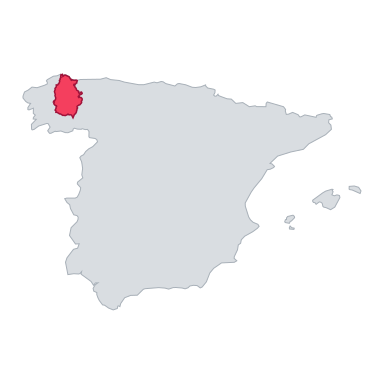 Lugo on a map of Spain (Robinson projection)
{"feature_id": "ESP-5832", "entity_name": "Lugo", "entity_type": "Autonomous Community", "adm_level": 1, "iso_a3": "ESP", "parent_name": "Spain", "parent_adm1": "", "projection": "robinson", "projection_center": [-7.286, 43.039], "detail": "fine", "context": "in_parent", "style": "filled", "palette": "rose", "viewbox_px": 384, "rotation_deg": 0, "n_neighbors": 0, "source": "natural_earth", "source_scale": "10m", "svg_char_len": 6142}
<svg xmlns="http://www.w3.org/2000/svg" viewBox="0 0 384 384"><path d="M205.6,84.9L205.7,86.0L207.7,88.0L213.6,89.2L215.1,90.0L214.9,92.8L213.6,95.1L214.9,96.2L216.3,96.1L218.0,94.2L218.4,95.5L221.1,96.6L227.1,98.8L231.3,99.1L235.8,103.4L242.8,102.6L249.3,106.7L255.2,105.8L256.6,106.6L265.9,106.7L266.2,103.3L267.3,102.0L283.5,106.7L285.6,109.5L285.3,111.0L286.3,114.4L288.4,114.2L292.6,112.4L298.1,114.7L299.6,116.8L300.8,116.9L304.8,114.9L316.1,117.3L316.5,115.7L317.2,115.2L321.8,113.8L323.8,113.5L329.8,114.5L330.5,116.5L331.8,117.2L332.3,118.9L328.9,119.8L328.6,122.7L330.9,125.1L331.4,129.3L325.6,134.7L308.8,143.8L303.4,149.3L290.7,152.0L277.6,156.1L270.0,163.4L272.0,163.9L274.5,166.4L273.7,167.5L270.3,169.2L267.2,169.7L261.8,178.6L254.1,187.9L251.2,192.1L245.2,203.0L245.3,206.2L248.7,217.0L250.5,219.9L253.1,222.3L257.9,224.3L259.1,226.3L257.5,228.2L252.9,231.6L244.7,236.2L241.3,239.8L240.6,243.3L238.3,244.9L237.5,249.8L234.3,256.6L234.1,258.3L236.8,260.8L234.3,262.3L221.5,262.9L213.7,268.3L209.8,273.0L206.4,281.8L202.2,287.0L200.2,287.9L197.2,285.6L193.5,285.3L189.9,286.0L188.0,287.8L185.1,288.8L182.1,288.0L175.9,287.5L173.1,287.6L168.7,289.1L165.0,288.1L158.7,287.6L145.0,288.7L143.3,289.3L137.3,295.2L130.6,295.4L124.7,297.7L120.7,303.5L119.9,306.6L118.7,305.9L117.8,306.1L117.3,308.5L113.2,309.9L108.5,308.0L104.6,305.2L102.6,304.9L99.3,300.5L97.9,297.7L96.8,294.6L96.8,292.5L93.8,291.2L93.1,288.4L95.2,284.8L98.0,282.8L95.4,282.9L93.5,285.3L91.1,281.5L81.1,274.2L81.6,271.6L80.0,273.5L78.8,274.0L73.8,273.7L67.9,274.6L65.5,262.2L67.0,257.8L73.5,249.3L77.6,248.2L79.2,243.8L75.5,244.0L69.5,235.5L71.1,227.7L77.0,221.8L78.0,219.4L78.2,217.2L77.0,215.6L73.8,214.8L70.5,208.6L69.7,204.7L67.0,202.5L64.7,198.7L66.7,198.1L75.2,198.1L77.2,197.1L78.7,194.5L80.3,190.3L80.7,187.7L77.4,184.0L77.3,183.2L77.7,182.0L82.8,177.9L81.8,174.9L82.6,168.5L82.1,164.7L81.6,161.7L79.8,157.7L81.0,156.1L83.6,154.7L85.7,151.5L88.8,148.8L92.8,146.6L97.5,141.8L96.8,139.7L95.2,138.5L89.4,137.6L88.9,136.6L89.0,131.5L87.5,129.4L85.3,129.6L82.1,128.7L81.3,129.3L77.3,129.1L74.4,128.2L73.2,129.0L72.8,130.8L68.0,132.7L65.3,132.6L60.9,131.0L55.9,131.6L55.2,131.2L50.9,133.3L49.5,133.3L47.7,130.8L50.1,127.1L48.1,123.6L46.7,123.5L38.7,126.0L34.1,129.4L32.2,129.9L31.6,129.2L31.4,124.4L36.3,119.3L33.2,119.0L33.4,117.5L35.3,115.1L33.3,113.4L33.4,108.2L29.0,109.9L27.9,109.6L27.9,107.5L30.6,103.4L27.8,102.9L25.7,101.4L23.0,98.0L23.0,96.2L24.5,92.0L28.3,90.0L32.0,87.1L37.1,87.7L44.7,85.2L47.3,83.9L47.3,82.2L46.4,80.9L47.2,79.7L53.4,76.2L57.1,75.8L60.9,74.1L63.4,75.2L65.6,74.8L68.2,76.2L71.5,79.2L76.5,80.5L80.4,79.5L100.5,79.2L106.2,77.7L110.6,79.6L119.2,80.5L124.4,82.1L138.7,84.7L143.8,84.7L154.2,82.1L157.0,82.8L161.2,81.5L163.1,81.8L165.8,83.6L174.9,86.0L177.3,83.9L179.1,83.5L185.7,84.8L192.3,87.3L195.8,87.5L200.8,86.8L205.6,84.9ZM331.9,194.8L334.3,195.8L336.8,194.9L338.2,195.1L339.5,195.6L339.9,197.6L334.8,207.1L330.6,209.7L326.2,207.7L323.7,207.1L322.9,206.4L322.2,203.3L321.0,202.3L319.3,201.9L316.1,204.3L315.0,202.7L313.4,202.4L312.7,201.4L312.7,200.2L322.8,192.8L325.7,191.1L332.0,189.2L333.0,189.5L332.2,190.6L333.1,191.7L331.9,194.8ZM361.0,190.9L360.1,193.5L352.2,190.0L349.7,189.6L349.1,189.1L349.2,186.4L354.3,186.0L358.6,187.3L361.0,190.9ZM290.2,221.4L289.4,223.3L285.5,222.6L284.7,221.9L285.4,219.7L286.5,219.5L286.5,218.0L287.6,216.5L293.0,215.2L294.3,216.3L294.6,217.7L291.4,221.0L290.2,221.4ZM294.2,229.0L293.6,229.4L289.5,229.0L289.3,227.8L290.1,226.0L291.7,227.7L294.1,228.1L294.2,229.0Z" fill="#d9dde1" stroke="#a8b0b8" stroke-width="1"/><path d="M60.9,75.1L61.0,75.2L61.4,75.1L61.5,75.0L61.4,74.8L61.5,74.7L61.8,74.6L62.3,74.4L62.3,74.9L62.9,75.9L62.9,76.4L63.1,76.3L63.4,75.9L63.6,75.5L63.9,75.6L64.1,75.4L64.3,75.2L64.7,75.1L65.7,75.2L66.0,75.3L68.0,76.3L69.0,76.6L70.5,79.1L71.7,79.6L71.6,79.8L71.3,80.0L71.3,80.3L71.6,80.4L71.8,80.3L72.0,80.1L72.3,80.0L72.7,80.0L73.2,80.2L74.1,80.3L75.6,80.3L76.0,80.0L76.4,80.2L76.9,80.3L77.2,80.5L77.2,81.1L77.0,81.4L76.8,81.8L76.6,82.2L76.8,82.6L76.8,82.8L76.7,82.8L76.0,83.4L75.6,83.9L75.4,84.1L75.2,84.3L74.8,84.3L74.6,84.2L74.3,84.2L74.0,84.3L73.9,84.4L73.8,84.6L73.8,85.3L73.9,85.6L74.2,85.7L74.6,85.7L74.8,85.8L74.9,86.0L74.9,86.4L74.9,86.7L75.0,87.1L75.1,87.4L75.3,87.6L75.6,87.9L75.8,88.0L76.0,88.1L76.4,89.5L76.6,89.9L76.7,90.1L76.9,90.3L77.4,90.6L77.6,90.7L77.8,90.7L78.1,91.0L78.5,91.2L78.7,91.3L78.8,91.4L78.8,91.5L78.6,92.2L78.6,92.5L78.8,92.9L79.0,93.1L79.4,93.3L79.8,93.1L80.2,92.8L80.5,92.8L80.6,92.6L80.8,92.5L80.8,92.3L80.9,92.1L81.1,92.0L81.3,92.0L81.5,92.1L81.7,92.5L82.1,93.0L82.2,93.4L82.1,93.6L81.2,94.4L81.0,94.5L80.1,94.8L79.9,94.9L79.6,94.8L79.3,95.0L79.2,95.1L79.2,95.3L79.1,95.5L79.0,95.8L78.9,96.0L78.7,96.1L78.3,96.4L78.3,96.7L78.4,97.0L78.6,97.3L78.8,97.5L78.9,97.4L79.0,97.3L79.1,97.2L79.1,96.6L79.3,96.5L79.8,97.2L79.9,97.3L80.1,97.4L80.3,97.5L80.5,97.6L81.0,97.5L81.8,98.2L82.0,98.4L82.1,98.7L82.2,99.9L82.0,100.1L81.9,100.4L81.8,100.6L81.4,101.1L81.4,101.5L81.6,102.2L81.6,102.5L81.5,102.8L81.3,103.1L80.6,103.9L80.0,104.6L79.7,104.9L79.5,105.0L79.3,105.0L79.1,104.9L78.8,105.0L78.3,105.5L77.6,105.8L77.2,106.2L77.1,106.4L77.0,106.7L77.1,107.1L77.2,107.4L77.4,107.6L77.6,107.8L77.6,108.0L77.4,108.3L77.2,108.5L76.9,108.9L77.0,109.8L76.9,110.1L76.5,111.0L76.5,111.8L76.2,112.4L75.5,113.7L74.6,114.3L74.3,114.7L73.0,117.8L71.7,115.3L71.4,115.0L70.1,114.7L69.1,114.9L68.9,114.8L68.0,114.1L67.7,114.5L65.2,115.6L63.8,115.3L62.8,115.4L60.4,113.9L59.5,113.9L59.4,113.9L58.7,113.3L56.8,112.3L55.9,112.3L56.0,111.3L56.0,111.1L55.8,110.7L55.1,110.1L56.0,108.4L56.1,107.4L56.1,107.0L56.6,106.4L56.6,106.0L56.3,105.7L55.5,105.5L55.0,105.2L53.9,103.9L53.8,103.5L54.3,102.1L53.4,101.9L54.0,100.8L54.2,100.7L54.7,100.4L55.0,100.2L55.6,99.2L55.7,98.4L55.7,97.7L55.0,95.7L55.0,95.3L55.1,95.0L55.2,94.7L55.3,94.5L54.4,91.5L55.2,89.5L55.2,89.3L55.1,89.1L55.0,88.9L55.0,88.6L55.0,88.4L55.1,88.2L56.0,87.3L56.2,86.9L56.3,84.9L57.5,85.1L57.7,84.9L57.9,84.7L58.2,84.0L58.8,83.7L59.7,81.5L59.7,81.3L59.7,81.2L59.4,80.7L59.4,80.4L59.5,80.2L60.1,79.6L60.2,79.1L60.1,78.6L60.2,78.3L61.0,77.4L60.6,76.8L60.9,75.1Z" fill="#f43f5e" stroke="#9f1239" stroke-width="1.5"/></svg>